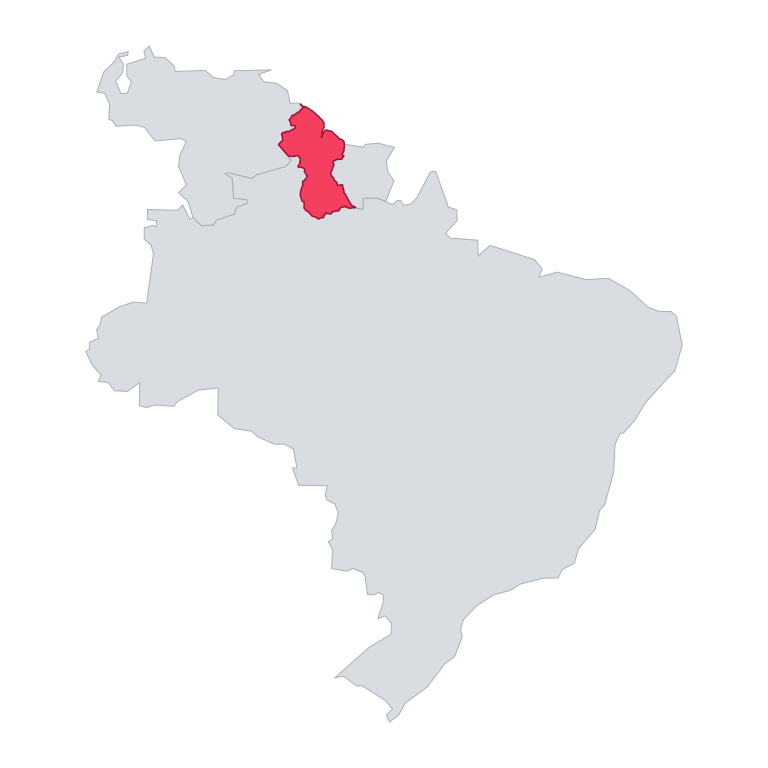 map of Guyana with Brazil, Venezuela and Suriname greyed out
{"feature_id": "GUY", "entity_name": "Guyana", "entity_type": "country or territory", "adm_level": 0, "iso_a3": "GUY", "parent_name": "South America", "parent_adm1": "", "projection": "orthographic", "projection_center": [-58.817, 4.875], "detail": "fine", "context": "with_neighbors", "style": "filled", "palette": "rose", "viewbox_px": 768, "rotation_deg": 0, "n_neighbors": 3, "source": "natural_earth", "source_scale": "50m", "svg_char_len": 6841}
<svg xmlns="http://www.w3.org/2000/svg" viewBox="0 0 768 768"><path d="M389.6,721.9L386.4,715.0L392.6,709.1L385.5,700.6L362.0,685.7L357.0,686.1L343.7,676.3L334.9,677.7L369.3,647.2L390.9,634.3L391.7,623.6L384.9,615.9L377.9,618.6L383.2,602.7L383.4,595.1L378.4,592.7L373.0,594.9L367.6,594.4L365.1,576.4L362.5,572.2L352.8,568.5L346.8,571.3L331.5,568.6L332.6,549.5L328.3,541.7L332.9,538.7L331.6,530.6L335.6,524.3L338.4,513.0L334.9,504.0L326.8,499.9L325.2,494.2L327.4,485.8L298.6,485.2L292.6,468.1L297.0,467.8L293.1,448.6L284.2,444.1L274.6,444.2L257.9,436.9L251.8,431.3L234.7,428.7L217.8,415.1L218.2,387.8L198.2,390.2L177.2,401.7L173.9,406.3L154.8,405.0L146.4,407.5L139.5,405.6L139.6,382.6L127.6,391.4L114.3,390.7L108.3,382.5L98.3,381.4L101.2,375.0L92.5,365.5L85.8,351.6L89.6,348.9L89.4,342.4L98.4,338.2L96.6,329.8L100.3,324.5L101.3,317.4L118.4,307.2L132.9,302.2L146.7,303.1L153.5,253.9L151.1,245.0L144.2,239.2L144.3,227.8L153.0,225.4L156.1,227.0L156.6,221.1L147.6,219.3L147.5,209.5L177.5,210.3L182.7,205.0L189.9,219.3L192.9,217.4L201.4,225.7L213.5,224.9L216.5,220.1L234.5,214.0L236.4,207.4L247.5,203.1L246.7,199.8L233.5,198.3L232.1,177.9L225.1,173.8L228.0,172.4L251.9,178.5L256.4,174.8L285.2,166.6L290.9,160.7L288.8,156.3L296.9,155.6L300.6,159.2L298.5,166.1L303.9,168.5L307.5,175.8L303.1,181.3L300.6,194.6L305.7,209.8L315.4,217.1L323.1,217.9L324.8,214.8L336.8,211.4L341.9,207.2L362.9,209.2L363.2,198.4L376.9,198.1L392.7,204.5L397.5,200.2L401.0,200.9L403.2,205.3L410.6,204.1L416.6,198.1L430.4,172.1L435.6,171.3L448.4,207.2L456.7,209.7L457.2,220.5L445.5,233.5L450.4,238.1L477.7,240.2L478.2,255.8L490.0,245.4L534.6,259.7L541.9,268.6L539.3,277.3L557.0,272.1L586.1,279.6L608.4,278.4L629.9,290.6L648.1,307.3L659.1,311.4L671.4,311.6L676.4,316.2L682.2,344.9L675.1,370.3L645.7,402.3L635.2,419.6L623.6,433.0L620.0,433.4L615.1,444.4L613.6,472.1L604.8,504.4L599.7,510.2L595.0,529.5L578.6,548.5L574.4,563.1L562.4,569.4L558.1,577.9L543.1,578.2L520.6,584.0L510.1,590.4L494.0,594.7L476.5,605.9L463.5,619.5L460.6,629.5L462.2,636.9L454.6,656.7L444.4,664.0L427.5,686.8L405.5,702.9L398.7,714.8L389.6,721.9Z" fill="#d9dde1" stroke="#a8b0b8" stroke-width="1"/><path d="M278.3,144.3L290.9,160.7L285.2,166.6L256.4,174.8L251.9,178.5L228.0,172.4L225.1,173.8L232.1,177.9L233.5,198.3L246.7,199.8L247.5,203.1L236.4,207.4L234.5,214.0L216.5,220.1L213.5,224.9L201.4,225.7L192.9,217.4L188.2,201.7L178.5,192.7L186.4,185.0L178.6,166.3L179.9,155.1L186.4,141.4L181.0,138.7L154.9,140.9L144.4,127.3L135.6,125.1L116.1,126.2L112.6,120.7L108.9,119.3L109.5,104.0L104.6,93.2L96.9,92.0L103.8,71.9L114.4,61.8L118.5,54.1L128.2,51.7L127.6,55.4L118.8,57.0L123.4,64.2L122.8,72.3L115.8,81.3L121.1,93.8L127.6,92.9L131.4,81.7L126.9,76.1L126.7,64.3L145.6,58.3L143.9,50.9L149.3,46.1L154.3,57.1L164.9,57.5L174.5,66.3L174.9,71.5L204.9,70.4L213.5,77.5L225.2,79.5L233.9,74.7L234.1,70.8L271.6,69.9L258.5,74.4L263.6,81.8L276.0,83.1L287.6,90.8L290.0,103.3L298.1,103.0L304.1,106.7L291.8,115.9L290.4,121.6L295.7,127.4L282.3,132.8L282.6,140.0L278.3,144.3Z" fill="#d9dde1" stroke="#a8b0b8" stroke-width="1"/><path d="M385.9,201.3L376.9,198.1L363.2,198.4L362.9,209.2L354.4,208.0L344.8,194.4L342.8,185.5L337.8,185.5L330.8,174.1L332.8,162.4L342.3,158.3L344.8,144.2L363.4,147.2L365.1,144.4L377.7,143.2L394.4,147.3L386.4,160.8L387.7,171.6L393.9,180.8L385.9,201.3Z" fill="#d9dde1" stroke="#a8b0b8" stroke-width="1"/><path d="M288.7,156.2L285.4,152.5L282.1,148.8L278.8,145.1L278.6,144.6L280.0,142.9L281.2,141.7L282.2,141.0L282.7,140.3L282.4,137.7L282.4,136.7L281.9,135.7L281.6,134.5L282.0,133.5L282.5,132.8L283.1,132.6L284.7,132.3L285.7,132.2L286.1,131.8L286.7,131.4L287.6,131.4L289.2,131.7L289.9,131.1L291.2,130.3L294.2,128.9L294.9,128.0L295.3,126.6L295.3,126.0L295.0,125.7L294.2,125.5L293.1,125.5L292.2,125.8L291.3,125.6L290.5,124.8L290.5,124.0L290.9,123.0L290.7,122.4L289.2,120.2L289.2,119.7L290.3,118.7L290.9,117.9L291.7,116.0L292.4,115.3L294.5,115.1L295.0,114.7L296.0,113.7L297.6,112.5L299.9,111.6L300.5,109.9L300.9,109.4L302.7,108.5L303.0,108.1L303.0,107.6L300.1,103.8L300.7,104.1L302.9,106.6L304.2,107.1L304.4,107.1L304.4,106.5L305.6,106.8L308.5,108.5L312.8,111.3L318.8,116.6L320.5,118.6L321.7,119.5L323.5,121.9L324.0,123.0L324.0,127.5L322.4,130.5L322.0,132.8L321.9,135.9L321.0,137.6L322.2,136.7L322.6,133.9L323.6,132.3L325.0,130.4L326.8,130.0L328.8,130.8L330.3,130.9L331.7,131.4L334.7,134.4L337.6,136.7L338.6,138.5L341.7,139.5L343.5,140.9L344.1,142.2L344.5,145.5L343.9,150.6L344.0,150.8L343.2,151.8L343.1,152.4L342.5,153.5L342.1,154.2L342.7,155.5L343.4,155.6L343.7,155.8L343.9,156.0L343.8,156.3L343.6,156.6L342.9,156.9L342.3,157.8L342.3,158.6L341.9,159.1L340.7,159.3L338.2,159.3L337.0,159.4L336.0,159.6L335.4,160.1L334.6,160.5L333.9,160.6L333.4,161.3L332.8,162.2L333.0,162.9L333.6,163.7L333.9,164.6L333.5,166.1L333.0,167.2L332.7,168.0L332.3,169.6L331.3,171.4L330.7,172.4L330.7,173.5L331.0,175.1L333.0,177.3L333.6,178.4L334.1,180.2L335.9,181.5L337.0,182.7L336.9,184.1L337.0,184.6L337.7,185.0L338.6,185.2L339.5,185.2L340.3,185.1L340.5,184.9L342.4,184.8L342.6,185.2L342.7,187.3L342.8,188.2L343.3,188.5L343.5,189.0L343.6,189.5L343.7,190.7L343.9,191.3L343.9,192.6L344.1,193.0L344.6,193.4L345.3,194.3L345.5,194.4L345.7,194.7L346.2,196.0L346.5,196.4L346.8,196.9L347.2,198.1L347.5,198.4L348.0,199.2L348.3,200.2L349.0,201.3L349.7,202.1L350.0,202.8L350.9,204.6L351.8,205.8L353.0,206.1L354.0,206.3L354.7,206.8L355.3,207.3L354.6,207.5L354.0,207.8L353.2,207.6L352.1,207.7L350.9,208.1L349.8,208.3L347.7,207.7L347.0,207.6L346.6,207.4L345.7,206.3L345.3,206.2L344.2,206.7L342.9,207.1L342.2,207.0L341.5,207.4L340.7,207.8L339.4,210.0L338.7,210.7L337.9,211.1L336.4,211.0L334.7,211.1L333.5,211.6L332.4,211.9L331.8,211.9L331.6,213.1L331.4,213.6L331.0,213.9L330.1,214.0L329.3,214.0L328.8,213.5L327.9,213.3L327.1,213.1L326.6,212.8L326.2,212.9L325.9,213.4L325.6,213.8L325.3,214.5L324.1,214.8L323.6,215.2L323.9,216.6L323.8,217.2L323.5,217.6L322.1,217.7L320.8,217.7L320.1,218.2L319.2,218.8L318.7,218.9L318.0,218.9L317.2,218.2L316.4,217.3L314.3,216.7L312.2,216.2L310.9,214.8L310.6,214.1L310.0,213.8L308.4,212.2L307.5,211.1L306.5,210.8L305.4,210.4L305.5,209.6L305.4,208.9L304.9,208.6L304.3,208.4L304.0,208.0L304.1,207.0L304.2,204.5L304.0,202.1L302.6,201.3L301.9,200.7L300.8,197.2L300.3,195.6L300.3,194.4L300.7,190.9L301.1,189.4L302.2,186.3L302.9,185.3L302.9,184.5L302.8,183.5L302.5,181.6L304.4,180.3L305.3,179.8L305.4,179.0L306.4,177.9L306.9,176.9L307.3,176.1L307.2,175.7L306.7,175.5L306.2,174.7L305.1,172.6L304.7,172.2L304.3,171.5L304.5,170.6L304.9,169.6L304.9,169.1L304.2,168.6L302.9,167.6L301.7,167.6L300.8,167.2L299.6,167.2L298.5,167.1L297.9,166.7L298.1,166.2L298.3,165.7L299.2,164.6L299.8,163.5L299.8,162.4L300.0,160.9L300.3,159.6L300.4,158.1L299.1,157.2L298.6,156.4L298.1,155.7L297.4,155.7L296.5,155.4L295.0,156.3L293.9,156.1L293.1,156.5L291.3,156.4L290.1,155.9L288.7,156.2Z" fill="#f43f5e" stroke="#9f1239" stroke-width="1.5"/></svg>